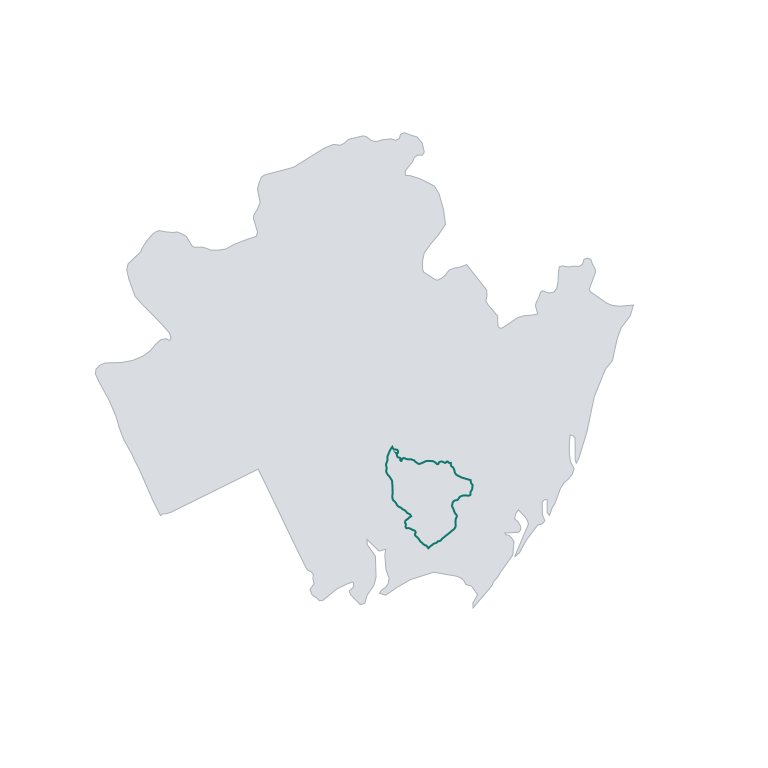 location of Ogoouè et Lacs, Moyen-Ogooué, Gabon, rotated 244°
{"feature_id": "22940354B45576072672451", "entity_name": "Ogoouè et Lacs", "entity_type": "district", "adm_level": 2, "iso_a3": "GAB", "parent_name": "Gabon", "parent_adm1": "Moyen-Ogooué", "projection": "mercator", "projection_center": [10.178, -0.763], "detail": "fine", "context": "in_parent", "style": "outline", "palette": "teal", "viewbox_px": 768, "rotation_deg": 244, "n_neighbors": 0, "source": "geoboundaries", "source_scale": "gbopen_adm2", "svg_char_len": 6936}
<svg xmlns="http://www.w3.org/2000/svg" viewBox="0 0 768 768"><g transform="rotate(244 384 384)"><path d="M525.5,136.9L525.1,142.7L518.6,157.0L515.4,168.0L514.7,179.7L516.5,189.1L519.7,195.8L521.7,203.1L520.1,208.2L516.9,210.4L519.1,212.9L523.9,213.5L532.1,211.3L544.7,207.4L561.1,201.8L571.9,198.7L589.8,200.6L599.4,202.8L604.2,206.7L609.5,223.5L612.1,226.1L616.5,233.2L620.1,241.8L620.8,246.1L620.4,249.3L616.8,253.9L612.7,260.7L611.3,264.8L607.9,267.9L603.5,270.9L591.6,272.1L589.8,273.9L586.4,281.2L580.1,287.3L577.2,293.1L574.7,300.9L575.2,310.5L574.0,324.3L572.7,333.7L575.8,336.9L590.1,339.2L592.9,341.1L596.6,346.9L601.5,352.3L614.6,355.7L619.6,359.9L623.7,364.5L624.3,368.2L621.3,383.2L618.5,397.6L619.6,408.6L620.7,419.1L622.2,434.3L621.5,443.6L617.8,449.3L617.8,453.8L619.5,459.2L616.2,474.0L614.1,476.5L608.3,479.3L605.2,483.3L604.2,489.5L601.1,498.1L597.9,501.3L597.9,505.3L601.0,508.2L600.9,512.6L595.1,518.0L591.6,522.0L583.8,524.0L574.9,521.9L572.8,518.9L575.0,514.3L574.2,510.6L571.1,506.8L566.4,496.8L562.2,494.7L559.8,498.8L552.6,506.4L539.8,516.1L530.9,516.9L514.3,513.9L500.5,509.2L493.9,497.8L489.9,488.4L484.0,477.5L477.3,472.3L470.2,469.0L467.1,468.8L456.9,474.8L453.9,477.2L453.9,482.4L454.9,487.1L456.4,489.4L457.8,492.5L457.5,497.2L455.7,503.6L455.1,510.6L423.3,517.5L417.8,515.0L413.8,511.9L409.0,512.4L395.2,516.0L390.2,513.5L385.1,511.7L382.8,513.2L382.6,516.2L385.0,532.7L384.2,539.0L381.1,547.2L379.5,552.8L387.9,554.4L391.0,557.0L393.9,561.1L398.0,565.0L398.3,567.4L393.7,571.7L392.1,577.0L394.3,581.2L400.0,585.5L408.4,590.0L412.5,593.0L412.1,595.7L408.2,601.4L406.7,606.3L404.1,610.7L404.6,614.8L408.4,618.5L408.0,621.9L405.4,624.5L400.2,623.9L395.8,624.3L391.8,623.2L379.4,610.2L376.7,609.8L358.7,619.8L354.3,624.0L350.6,629.9L345.6,642.8L337.4,635.3L330.4,621.6L322.2,613.2L304.9,599.6L300.3,589.6L280.5,567.5L252.1,545.5L231.6,526.3L228.5,522.1L231.9,522.6L251.8,532.1L254.5,531.1L256.7,528.9L248.2,523.9L240.0,520.0L232.3,517.5L224.7,517.8L220.4,513.7L217.6,507.6L216.2,502.3L212.8,496.8L201.9,485.5L199.2,481.1L193.3,475.1L196.9,474.3L208.6,480.0L209.6,477.7L208.6,474.4L196.9,469.0L190.5,468.6L189.0,464.8L189.9,460.4L181.5,443.9L172.8,431.5L171.4,425.7L194.9,452.5L198.1,453.0L202.2,452.7L211.9,449.7L210.1,446.1L205.7,442.3L201.4,444.1L195.9,444.4L193.0,442.8L191.7,440.0L197.2,427.0L194.9,427.6L193.1,430.0L190.1,431.1L185.4,431.8L173.8,424.8L163.6,405.9L160.9,402.0L158.1,395.5L155.5,392.8L143.7,365.9L148.2,367.9L153.6,375.7L164.0,374.1L168.0,369.6L171.6,369.7L175.2,368.7L179.8,364.5L193.1,346.0L196.6,321.6L195.5,307.1L193.5,292.8L197.9,288.2L199.7,291.2L200.5,296.3L202.6,300.1L207.4,303.5L216.2,304.4L229.8,309.7L234.7,313.1L236.0,306.3L251.7,300.6L247.0,298.5L233.0,300.8L213.9,292.2L207.5,286.7L201.6,276.3L195.4,270.8L195.9,266.0L209.6,261.5L213.2,262.0L214.7,267.3L218.4,269.5L219.8,268.8L220.4,264.2L220.5,251.9L216.3,234.3L217.6,230.9L221.3,229.7L224.7,227.4L227.0,226.9L231.7,227.4L234.0,231.4L235.3,233.7L240.0,234.7L243.8,236.9L247.2,236.3L249.9,233.8L254.0,233.3L266.5,233.3L277.8,233.3L300.4,233.4L323.0,233.5L345.6,233.6L362.7,233.6L362.6,223.5L362.5,208.0L362.4,189.6L362.3,172.0L362.2,155.7L362.1,136.4L363.0,130.9L364.2,128.6L363.8,125.4L381.3,125.2L412.9,126.6L426.8,126.4L430.7,126.7L448.0,125.7L462.0,127.0L468.0,128.3L473.3,129.0L490.1,129.8L512.0,128.8L519.5,129.0L523.6,131.7L525.5,136.9Z" fill="#d9dde1" stroke="#a8b0b8" stroke-width="1"/><path d="M234.0,345.7L233.5,345.8L232.5,346.3L231.6,346.7L230.5,347.1L229.3,347.3L227.7,347.5L226.5,347.6L225.8,347.9L225.1,348.4L224.3,348.7L223.4,348.8L222.7,349.3L221.9,349.7L221.2,350.0L220.7,350.7L220.3,351.2L219.5,351.5L218.4,351.5L217.5,351.7L216.9,352.0L217.3,352.6L217.5,353.2L217.6,354.0L218.0,355.1L218.1,355.9L218.3,357.4L218.6,357.9L218.6,359.0L218.6,359.5L218.3,360.9L218.4,361.7L218.5,362.5L219.0,363.4L218.5,365.1L218.4,365.5L218.6,366.8L219.5,368.4L219.9,370.6L220.4,372.3L220.8,374.5L221.4,377.4L222.1,379.8L222.5,381.7L222.9,383.4L223.6,384.8L224.3,385.7L225.8,386.6L226.9,387.0L228.2,387.6L229.5,388.2L230.8,389.1L231.7,389.7L232.2,390.6L233.1,391.4L233.9,391.8L235.0,391.7L236.0,391.3L237.5,391.2L239.1,391.3L241.1,391.6L242.4,391.6L243.8,391.5L244.9,391.8L246.5,393.1L247.4,393.8L248.2,395.4L248.3,396.6L248.0,397.7L247.7,398.5L247.6,399.2L248.0,400.2L248.6,401.3L249.3,402.6L249.4,404.4L249.1,406.2L248.5,407.5L248.3,408.2L247.8,409.0L247.1,409.9L246.6,411.0L246.4,411.9L246.3,412.8L247.0,413.4L247.7,413.8L248.0,413.9L248.8,414.3L249.4,414.9L249.9,415.9L250.6,416.8L251.5,417.6L252.3,418.0L253.0,418.4L253.6,419.0L254.2,419.3L254.9,419.3L255.7,419.0L256.8,418.9L257.4,419.0L258.6,419.3L259.6,419.7L260.3,419.0L260.9,418.2L263.1,415.9L265.9,412.7L267.0,412.0L267.7,411.6L268.3,410.8L269.2,410.3L270.2,409.6L271.0,409.1L272.8,408.9L274.0,408.9L274.9,409.3L276.3,409.5L277.9,409.6L279.1,409.4L280.0,408.7L280.7,408.5L282.2,408.7L283.8,409.5L284.0,408.9L284.6,407.9L285.3,407.5L286.2,407.4L286.6,407.0L286.7,406.2L286.3,405.3L286.2,404.5L286.7,403.9L287.6,403.3L288.9,402.1L289.4,401.0L289.6,399.6L289.4,398.8L288.7,398.4L288.3,397.7L288.6,396.7L289.2,396.3L290.4,396.0L291.6,395.3L292.8,394.5L293.5,393.7L294.6,391.7L295.9,389.1L296.3,387.8L296.3,385.3L296.3,383.5L296.6,380.9L297.3,379.8L298.1,379.4L299.7,378.5L300.5,378.0L302.0,377.7L304.5,375.3L304.9,374.3L305.2,373.7L305.8,372.5L306.6,371.4L307.5,370.6L308.4,369.9L308.9,369.2L308.8,368.2L308.6,367.4L308.0,366.8L307.3,366.1L307.4,365.5L308.4,365.2L309.0,365.5L309.3,366.2L309.8,366.3L310.7,366.0L311.2,365.4L311.7,364.6L312.4,364.2L313.7,364.2L314.5,364.6L315.7,364.7L316.8,364.5L316.2,365.1L315.9,365.5L316.1,366.5L317.3,367.1L318.2,367.3L319.1,366.9L320.0,366.0L320.3,365.0L320.8,364.1L321.9,363.9L323.2,363.8L323.8,363.9L323.4,362.9L322.6,361.6L321.4,359.9L320.0,358.3L318.7,356.9L317.9,355.9L317.3,355.2L316.0,354.7L314.9,354.1L314.3,353.9L313.7,353.4L313.0,352.7L311.8,351.5L311.0,350.7L310.6,350.4L309.5,350.1L307.9,349.8L306.8,349.3L305.0,347.9L304.4,347.6L303.3,347.5L301.5,347.5L300.4,347.7L299.5,348.1L298.0,348.4L295.8,348.6L294.9,348.8L293.8,348.8L292.9,348.7L291.9,348.1L289.1,347.1L285.6,345.5L281.6,343.7L280.7,343.0L279.6,342.3L278.4,341.8L277.7,341.7L276.9,341.3L276.0,341.3L274.9,341.5L273.8,342.0L272.7,342.4L270.6,342.6L269.3,342.6L268.5,342.9L267.5,343.3L266.7,343.8L266.0,344.5L265.5,345.0L264.9,345.3L263.8,345.5L263.0,346.0L262.4,346.5L262.0,347.0L261.1,347.4L260.2,347.8L258.9,348.1L257.7,348.4L257.0,349.1L256.1,349.7L255.4,350.2L254.6,350.3L253.2,350.4L253.1,349.5L253.0,348.2L252.5,346.8L252.3,346.0L252.0,344.4L251.9,343.7L251.4,343.0L250.5,342.3L250.0,342.0L249.3,342.1L248.6,342.3L247.9,342.0L247.1,341.5L246.8,341.2L246.5,340.9L245.8,340.7L245.1,340.7L244.6,340.9L244.3,341.4L244.1,342.0L243.7,343.0L242.6,344.1L242.0,344.7L241.0,345.2L240.0,346.0L239.6,346.7L238.9,347.2L238.1,347.5L237.2,347.5L236.4,347.3L236.0,346.5L235.6,346.0L234.7,345.7L234.0,345.7Z" fill="none" stroke="#0f766e" stroke-width="2"/></g></svg>